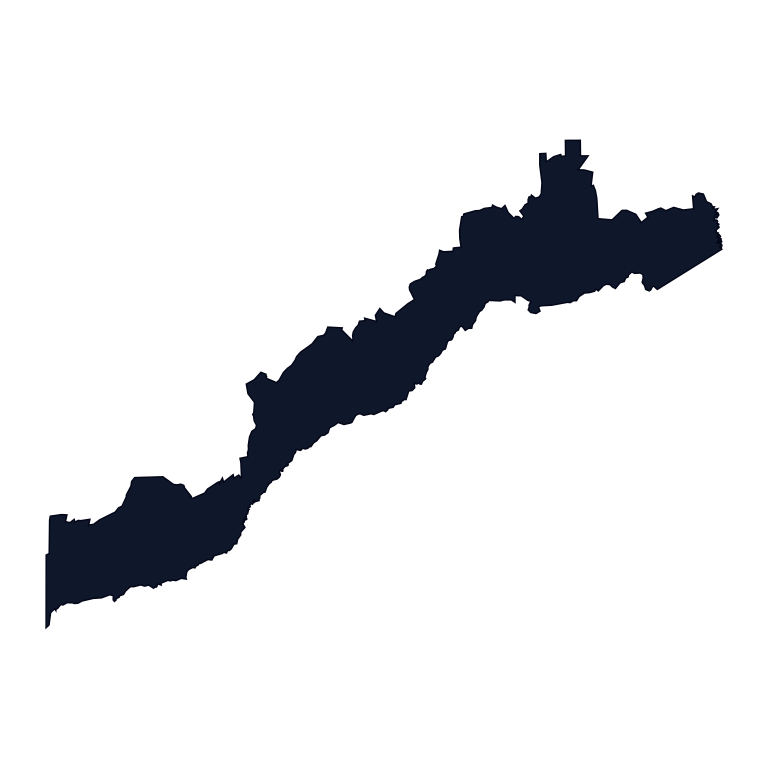 the district of Pijiño Del Carmen, Magdalena, Colombia
{"feature_id": "7082276B92401866793230", "entity_name": "Pijiño Del Carmen", "entity_type": "district", "adm_level": 2, "iso_a3": "COL", "parent_name": "Colombia", "parent_adm1": "Magdalena", "projection": "robinson", "projection_center": [-74.146, 9.518], "detail": "fine", "context": "isolated", "style": "filled", "palette": "ink", "viewbox_px": 768, "rotation_deg": 0, "n_neighbors": 0, "source": "geoboundaries", "source_scale": "gbopen_adm2", "svg_char_len": 6101}
<svg xmlns="http://www.w3.org/2000/svg" viewBox="0 0 768 768"><path d="M721.8,249.2L719.4,246.7L719.8,246.3L721.4,247.3L721.9,245.4L721.5,244.1L716.8,242.6L718.1,241.7L720.9,242.5L721.7,241.7L721.2,240.6L718.4,240.5L718.8,239.5L721.0,239.4L721.1,238.8L720.2,238.3L718.3,238.7L717.4,237.8L717.8,237.0L719.9,237.1L720.5,236.3L719.1,234.6L717.3,235.4L718.3,233.0L716.6,232.6L716.0,230.1L719.0,227.5L718.8,226.3L717.0,225.8L718.8,224.2L716.8,223.0L717.6,221.5L717.3,220.6L716.0,219.9L714.3,220.4L714.5,217.4L716.9,217.9L718.8,215.0L718.5,214.1L715.7,214.5L716.3,213.7L718.0,213.4L717.8,212.6L715.3,212.0L717.7,208.7L715.5,209.2L713.1,208.6L714.4,206.9L712.5,206.7L711.0,203.8L706.5,201.6L703.4,194.1L698.4,193.0L696.2,194.3L694.7,197.0L692.6,195.9L693.6,208.8L683.4,210.0L673.7,207.4L665.8,210.7L660.9,208.1L658.7,208.7L652.7,211.3L645.6,213.2L647.9,217.2L641.3,222.6L635.8,214.3L626.6,210.3L622.0,210.4L612.1,219.9L598.0,218.7L596.8,198.5L595.4,190.6L593.3,185.3L591.0,186.2L592.7,172.2L584.4,170.0L578.1,169.8L588.1,155.9L580.5,155.9L580.3,140.3L565.4,140.4L565.6,155.9L561.3,156.4L560.7,154.5L553.7,156.7L547.2,161.3L546.2,161.4L545.8,153.4L539.8,153.7L539.8,165.2L542.0,182.8L541.2,194.0L539.1,197.0L535.4,198.2L531.4,195.1L530.7,197.2L529.2,196.8L528.1,199.6L528.2,203.0L525.0,204.9L522.2,209.2L519.9,210.9L523.8,216.1L521.8,219.5L518.5,216.6L515.5,216.5L514.8,218.0L513.5,217.9L508.2,212.6L505.0,205.5L501.6,208.7L496.5,207.2L492.6,205.1L491.9,207.5L484.4,208.4L479.7,210.5L475.3,210.8L463.8,214.0L463.5,216.2L461.7,216.8L459.6,230.0L459.8,238.4L461.1,247.2L453.4,248.0L453.0,251.3L443.6,251.8L439.6,250.3L439.1,253.8L435.8,264.1L436.5,266.2L434.0,268.5L429.9,269.5L429.9,270.3L427.5,269.9L426.5,271.6L426.2,274.5L424.5,276.7L422.9,277.1L420.4,279.4L414.5,281.4L410.3,284.0L409.3,287.1L409.6,289.8L414.5,299.5L407.9,303.7L396.0,313.4L395.1,316.8L383.8,312.9L379.9,308.5L375.4,315.3L376.6,321.5L364.6,318.2L365.1,320.7L359.5,321.2L358.2,325.2L355.8,327.7L353.3,331.9L352.6,335.5L353.0,338.9L352.4,340.7L341.6,329.9L342.2,327.9L327.8,327.1L325.7,332.9L323.7,335.3L317.8,336.6L312.1,343.9L300.4,352.3L296.6,356.7L295.1,360.3L291.4,365.5L287.5,368.3L283.5,372.4L279.1,380.3L276.4,382.6L266.3,378.3L266.6,376.3L266.0,376.0L266.0,374.3L260.9,372.3L254.2,379.8L246.3,384.1L248.0,393.7L254.5,402.3L253.8,412.6L252.7,414.7L253.5,415.5L254.2,420.8L256.5,425.1L255.7,428.6L251.8,431.4L249.5,437.1L248.3,445.4L248.5,449.5L247.5,453.0L247.9,456.7L240.0,458.3L240.9,462.6L241.5,477.5L241.0,477.8L238.7,475.1L233.9,478.2L233.1,474.7L223.6,482.1L222.4,478.1L219.4,483.5L219.1,481.8L217.3,482.6L207.6,489.0L204.6,493.1L192.8,498.3L190.3,497.5L191.3,496.5L184.6,488.0L183.8,485.4L180.9,484.2L176.9,484.9L173.4,484.4L162.9,476.8L134.7,477.6L131.6,481.5L131.0,486.1L126.4,494.9L126.3,497.0L122.0,506.2L118.6,507.8L115.2,512.1L99.7,519.8L93.6,524.3L88.6,525.1L89.9,519.3L80.5,520.7L78.3,520.4L74.8,522.1L74.2,519.4L70.0,522.6L65.4,521.7L66.9,514.9L61.5,514.6L50.3,516.2L49.6,520.1L49.2,553.6L46.2,555.0L46.1,627.7L49.0,625.0L50.6,612.7L54.5,608.8L55.8,610.5L55.8,609.5L57.8,608.2L60.6,604.6L63.2,604.9L67.0,602.7L72.5,602.8L74.3,603.5L78.2,603.1L82.0,601.0L93.1,598.4L101.6,597.8L109.7,594.8L113.3,595.6L113.2,599.9L114.4,601.4L116.0,600.1L116.0,598.9L119.2,597.1L119.4,595.9L123.5,594.4L125.6,591.0L130.4,586.6L133.6,586.7L140.8,584.9L144.6,586.1L148.7,585.1L153.6,588.2L154.7,587.2L156.5,587.0L157.9,583.9L161.2,585.0L161.0,583.7L161.6,582.9L168.0,580.3L170.3,580.9L172.6,580.1L175.9,580.6L181.3,578.3L186.3,579.1L185.8,577.3L186.8,571.7L188.5,569.6L192.9,567.4L194.9,567.9L196.1,565.9L198.0,565.1L198.8,563.7L200.7,563.3L207.9,559.5L211.8,560.0L214.1,555.8L222.5,553.4L223.5,552.3L226.5,553.0L227.6,550.4L229.3,550.5L231.3,548.8L233.8,544.2L236.7,543.7L237.6,539.3L240.7,534.9L240.8,532.0L244.9,527.5L243.3,524.6L242.9,522.1L244.3,522.0L244.2,519.3L245.2,520.0L246.7,519.3L246.7,518.4L245.4,517.2L246.3,516.8L246.2,514.5L247.6,513.8L248.5,509.8L249.1,509.3L247.8,508.5L247.9,507.8L250.2,506.8L249.8,504.5L251.6,503.7L252.5,504.2L253.6,502.5L252.9,501.8L253.4,501.0L254.4,502.3L255.1,501.8L255.1,500.5L256.5,501.4L259.1,500.5L258.7,499.4L259.6,498.5L259.9,495.3L263.4,492.4L265.1,492.0L266.6,487.4L269.1,483.8L271.3,482.1L272.0,480.4L277.1,479.0L279.4,477.0L280.4,474.8L280.2,474.0L279.7,474.5L279.4,473.9L279.7,471.4L280.7,469.8L281.8,471.3L282.7,471.2L283.0,468.5L285.2,466.3L287.5,465.7L288.2,464.9L287.8,463.4L291.8,460.5L293.9,454.2L295.4,452.7L296.2,449.5L300.6,450.4L302.7,448.2L305.1,449.0L307.9,448.2L309.5,446.7L311.0,446.6L313.5,442.9L316.7,440.8L320.9,435.7L324.7,435.0L328.0,432.7L329.6,427.7L334.2,425.4L338.1,422.5L344.0,424.5L350.8,422.9L351.9,422.3L355.5,415.7L358.0,414.1L360.3,413.8L363.8,415.3L371.2,413.7L373.8,414.5L382.2,410.8L384.3,410.8L385.6,411.7L387.8,409.7L388.0,408.3L393.1,407.3L394.8,404.7L400.9,403.3L401.6,401.1L403.0,400.7L403.6,399.6L406.0,399.6L408.7,391.0L412.1,390.5L414.7,387.7L414.2,383.4L416.9,384.0L418.9,383.0L420.2,384.2L421.4,384.1L422.6,381.3L425.4,379.0L425.6,378.2L424.8,377.5L426.3,372.4L427.9,369.4L427.8,367.0L428.8,365.0L430.2,363.1L432.4,362.2L435.6,357.0L438.4,355.9L440.5,353.7L442.4,350.2L445.4,348.9L447.3,342.1L448.5,340.5L451.6,339.8L452.9,337.4L453.7,334.0L455.1,332.9L455.6,331.5L458.4,330.0L459.4,327.2L461.1,326.1L462.6,326.9L465.2,330.4L468.6,328.2L471.7,328.3L472.5,324.6L475.6,320.5L476.0,317.6L477.3,315.0L479.6,311.4L481.6,310.3L484.1,306.8L485.2,303.4L488.0,301.8L488.6,300.4L500.3,300.9L503.8,299.9L511.2,299.8L515.0,302.3L514.9,295.5L521.3,295.8L527.8,300.3L530.9,301.3L529.1,305.1L529.1,307.6L528.2,309.9L530.8,312.5L536.0,313.5L540.0,311.1L538.4,307.1L540.7,305.8L551.7,305.2L567.4,302.3L570.3,302.6L573.1,300.8L576.5,300.7L579.1,296.5L584.5,293.0L589.4,292.6L594.7,291.2L595.8,289.0L598.3,290.9L603.5,285.5L606.5,284.2L610.0,284.6L612.5,287.0L615.4,288.5L620.0,282.8L624.2,281.5L625.7,277.9L628.0,277.1L628.4,275.0L631.8,271.9L634.4,273.3L640.2,273.0L642.9,274.6L643.2,277.9L642.2,282.5L644.5,285.5L645.8,289.5L649.3,290.9L650.8,289.7L652.5,286.5L653.6,286.1L657.3,289.4L721.8,249.2Z" fill="#0f172a" stroke="#020617" stroke-width="1.5"/></svg>